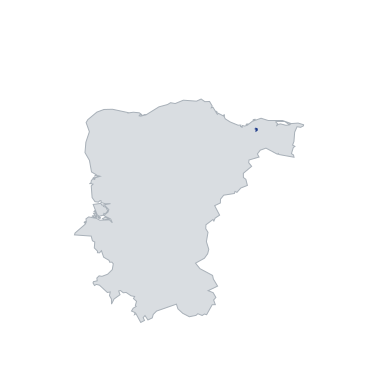 location of Mirim Doce, Santa Catarina, Brazil, rotated 242°
{"feature_id": "56859067B1000526866596", "entity_name": "Mirim Doce", "entity_type": "district", "adm_level": 2, "iso_a3": "BRA", "parent_name": "Brazil", "parent_adm1": "Santa Catarina", "projection": "robinson", "projection_center": [-50.194, -27.174], "detail": "fine", "context": "in_parent", "style": "filled", "palette": "blue", "viewbox_px": 384, "rotation_deg": 242, "n_neighbors": 0, "source": "geoboundaries", "source_scale": "gbopen_adm2", "svg_char_len": 4170}
<svg xmlns="http://www.w3.org/2000/svg" viewBox="0 0 384 384"><g transform="rotate(242 192 192)"><path d="M118.4,88.7L121.5,91.7L125.4,90.3L126.7,92.3L128.9,89.5L134.2,86.7L135.3,84.0L138.7,82.5L139.0,80.8L135.1,80.2L134.1,72.9L130.8,68.3L135.3,70.6L139.3,70.5L142.1,72.9L143.0,70.1L153.1,66.6L155.3,64.2L155.2,62.0L158.2,61.9L159.1,62.9L158.1,66.6L160.7,67.6L161.6,70.6L159.8,72.9L159.0,78.9L160.9,85.2L165.6,88.8L167.7,88.3L168.7,86.3L170.5,86.7L175.9,83.4L182.7,84.5L181.7,81.8L182.8,80.0L184.1,80.8L188.5,79.5L193.5,82.7L195.7,81.2L200.4,82.3L209.3,68.1L210.7,69.5L213.7,82.6L215.2,84.7L218.1,85.8L218.5,89.1L213.4,95.4L210.3,97.4L206.2,106.0L202.2,107.2L206.4,107.5L212.6,103.1L213.8,108.6L215.5,110.3L221.9,108.4L220.0,114.6L222.5,109.7L225.5,106.8L226.9,107.6L227.6,106.8L227.0,104.5L229.0,101.8L234.0,101.2L244.7,105.9L245.4,108.3L246.9,106.7L249.4,108.5L250.1,110.6L248.8,112.0L249.3,112.7L250.7,111.3L251.0,112.7L249.8,114.0L249.0,118.3L250.7,116.5L251.9,113.4L252.1,115.6L256.9,112.7L268.1,116.3L277.0,116.0L285.8,121.7L293.4,129.7L303.0,131.1L304.8,134.0L307.2,145.5L306.2,153.0L302.4,160.6L292.0,173.0L292.0,172.0L290.0,177.6L286.7,182.6L285.2,183.4L284.1,181.1L283.1,182.2L281.7,187.6L282.7,202.8L280.7,211.5L280.9,215.0L278.0,218.7L277.1,227.5L270.1,238.6L269.8,243.7L265.7,245.8L263.7,250.0L258.4,250.2L257.3,248.6L256.9,250.3L248.7,250.8L249.1,252.2L243.9,255.8L241.0,255.7L235.9,258.6L229.4,264.0L228.2,266.5L227.0,265.6L226.6,266.7L225.1,266.2L227.0,267.7L225.5,269.4L225.0,272.2L226.1,278.4L224.7,287.6L219.3,292.9L212.6,305.5L206.4,311.2L206.2,309.3L210.7,307.0L214.5,300.0L214.6,298.8L212.0,299.6L210.5,297.4L211.3,299.6L210.6,302.1L206.7,306.4L205.5,309.7L205.9,311.6L203.0,318.1L199.0,322.1L198.1,321.5L198.1,318.3L200.3,315.4L196.7,310.8L188.7,305.7L186.2,302.8L184.0,304.3L183.7,302.3L179.2,297.8L177.0,299.0L174.8,298.4L184.4,286.2L185.5,286.3L185.3,285.1L196.0,277.9L196.9,271.9L194.9,267.6L191.4,267.6L193.5,257.4L191.3,255.8L186.7,256.7L184.4,246.1L180.7,244.2L177.9,245.5L171.8,244.0L172.6,237.0L170.6,231.5L172.3,230.2L170.8,228.7L174.3,218.5L172.3,213.8L169.0,211.9L169.3,205.6L158.6,205.5L158.1,200.2L156.1,197.7L157.9,197.6L156.5,188.9L153.1,186.9L148.9,187.2L141.4,181.4L133.5,179.9L130.1,176.8L127.7,171.9L127.5,161.7L120.6,163.0L108.7,171.0L105.1,170.0L96.9,170.4L97.3,159.9L93.2,163.4L87.7,163.6L86.5,160.4L81.6,159.7L83.0,156.9L76.8,147.3L78.4,145.7L78.2,143.0L81.8,140.0L81.2,137.6L83.1,131.1L89.2,126.9L95.4,124.7L100.3,125.6L103.5,104.8L102.1,100.3L99.5,97.8L99.7,93.0L105.0,92.5L104.0,89.9L100.9,89.8L100.9,85.5L110.8,85.4L110.7,83.6L112.2,85.2L115.3,82.7L117.0,85.5L117.2,89.0L118.4,88.7ZM216.4,97.6L227.4,98.9L224.8,106.1L222.8,106.3L222.4,107.5L220.8,107.0L219.0,108.8L214.9,108.8L213.4,105.1L214.5,104.2L213.2,102.9L214.1,98.7L216.4,97.6ZM207.1,106.4L208.8,101.2L210.5,100.5L210.4,103.7L207.1,106.4ZM219.4,95.1L218.4,97.0L215.9,96.6L216.3,95.3L219.4,95.1ZM215.7,92.9L215.3,96.9L214.2,96.5L215.7,92.9ZM221.2,97.6L219.6,97.8L218.9,97.5L220.8,96.3L221.2,97.6ZM214.0,97.7L212.4,99.1L211.8,98.4L212.9,97.2L214.0,97.7ZM217.0,94.2L216.2,93.4L217.5,92.6L217.6,93.4L217.0,94.2ZM216.1,83.9L215.2,84.1L215.0,82.7L215.9,82.6L216.1,83.9ZM226.5,282.2L226.2,280.9L226.9,279.8L227.1,280.1L226.5,282.2ZM244.9,255.3L245.1,256.7L244.0,256.4L244.9,255.3ZM225.9,273.1L225.5,272.4L226.2,271.6L226.4,271.9L225.9,273.1ZM250.4,115.6L249.7,117.1L250.4,115.0L250.4,115.6ZM284.6,183.6L283.5,184.0L284.2,182.8L284.6,183.6ZM251.7,251.3L250.6,251.8L250.3,251.5L251.0,250.9L251.7,251.3ZM282.7,186.3L282.3,187.1L282.1,186.6L282.7,186.3ZM247.5,105.3L247.5,106.2L247.2,106.0L247.5,105.3Z" fill="#d9dde1" stroke="#a8b0b8" stroke-width="1"/><path d="M216.0,277.6L215.9,277.6L215.9,277.8L215.9,277.7L216.0,277.8L216.1,278.0L216.2,278.3L216.2,278.5L216.3,278.5L216.3,278.4L216.4,278.5L216.5,278.7L216.7,278.8L216.8,278.8L217.0,278.9L217.3,278.8L217.3,278.7L217.5,278.7L217.8,278.5L217.9,278.4L217.7,278.3L217.7,278.2L217.6,278.3L217.6,278.2L217.6,278.3L217.5,278.1L217.4,278.1L217.2,278.1L216.9,278.0L216.7,278.1L216.5,277.9L216.4,277.8L216.3,277.7L216.2,277.7L216.2,277.8L216.1,277.7L216.0,277.6Z" fill="#3b82f6" stroke="#1e3a8a" stroke-width="1.5"/></g></svg>